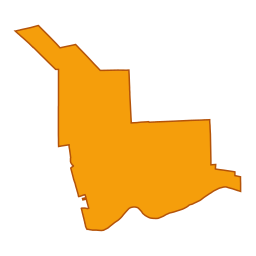 the district of Herasti, Giurgiu, Romania
{"feature_id": "2599482B7326478622533", "entity_name": "Herasti", "entity_type": "district", "adm_level": 2, "iso_a3": "ROU", "parent_name": "Romania", "parent_adm1": "Giurgiu", "projection": "mercator", "projection_center": [26.35, 44.221], "detail": "fine", "context": "isolated", "style": "filled", "palette": "amber", "viewbox_px": 256, "rotation_deg": 0, "n_neighbors": 0, "source": "geoboundaries", "source_scale": "gbopen_adm2", "svg_char_len": 4628}
<svg xmlns="http://www.w3.org/2000/svg" viewBox="0 0 256 256"><path d="M208.3,194.5L209.9,193.4L210.4,193.2L213.6,191.0L216.4,189.6L218.8,188.4L219.9,188.0L223.8,187.0L226.1,186.9L228.5,187.7L232.6,188.8L238.2,190.7L238.8,190.8L240.6,191.4L240.6,183.5L240.5,180.1L240.5,176.8L234.9,175.6L234.9,171.9L234.0,171.7L228.6,170.9L226.6,170.6L223.3,170.1L221.6,169.9L220.0,169.7L217.2,169.3L215.5,169.0L215.5,168.9L215.4,168.8L215.4,168.3L215.6,166.0L215.7,164.5L210.9,164.8L210.9,164.7L210.9,160.5L210.4,134.1L210.2,130.8L210.2,130.6L210.1,129.0L210.0,125.6L209.9,124.2L209.8,123.3L209.7,121.3L209.7,120.3L209.7,119.7L208.1,119.8L204.4,119.9L200.9,120.1L196.9,120.2L190.6,120.4L188.6,120.5L184.1,120.7L182.4,120.8L177.4,121.0L175.7,121.1L171.2,121.3L168.6,121.4L166.2,121.5L161.4,121.7L155.7,121.9L155.1,122.0L154.5,122.0L151.7,122.1L149.2,122.3L149.1,122.0L149.0,121.9L148.9,121.9L148.7,121.8L148.5,121.7L148.3,121.7L147.9,121.7L147.5,121.8L145.8,121.9L141.8,122.1L140.6,122.2L138.6,122.4L137.1,122.6L135.2,122.7L131.2,122.9L131.2,122.6L131.2,121.6L130.9,115.9L130.8,113.9L130.6,110.1L130.3,103.7L130.0,98.7L129.8,94.3L129.8,92.4L129.6,89.5L129.6,88.4L129.6,87.4L129.5,85.2L129.4,82.6L129.3,79.8L129.2,77.1L129.1,74.3L128.9,70.5L128.9,70.1L128.4,70.1L127.8,70.1L127.2,70.2L125.7,70.2L117.8,70.1L102.6,70.4L100.2,70.4L97.9,67.9L94.2,64.1L87.7,57.1L85.7,55.0L78.8,47.9L78.6,47.6L75.6,44.5L73.4,45.0L70.6,45.6L67.6,46.2L61.9,47.4L60.0,47.8L56.4,43.8L52.0,39.3L48.4,35.6L42.5,29.7L39.9,27.1L38.6,25.7L38.3,25.5L30.6,27.6L29.7,27.8L26.1,28.6L22.4,29.4L20.3,29.9L20.1,30.0L17.7,30.5L16.1,30.9L15.5,31.1L15.4,31.1L15.5,31.2L15.5,31.4L16.1,31.8L18.4,33.9L18.5,33.9L21.0,36.2L21.1,36.3L22.9,37.8L24.8,39.5L26.9,41.4L29.1,43.4L29.3,43.6L30.3,44.6L32.1,46.4L32.9,47.2L33.0,47.1L33.2,47.3L34.3,48.3L37.8,51.8L41.2,55.2L44.7,58.6L48.1,62.0L52.0,65.8L55.3,69.0L55.5,69.3L55.9,69.4L56.1,69.4L56.3,69.4L56.9,69.4L58.5,69.4L58.5,69.5L58.5,70.7L58.5,74.2L58.5,79.8L58.5,85.7L58.5,91.1L58.5,96.3L58.5,101.9L58.5,105.5L58.4,106.7L58.4,107.2L58.4,108.7L58.4,113.0L58.4,117.7L58.4,121.9L58.4,126.3L58.4,130.5L58.4,134.7L58.5,139.1L58.5,143.4L58.6,146.5L61.9,145.9L66.5,145.2L69.0,144.8L69.0,145.2L69.0,145.3L69.1,145.5L69.0,145.8L69.1,146.1L69.1,146.6L69.2,147.4L69.6,149.7L70.0,152.5L70.4,155.4L70.5,156.3L70.5,156.6L70.6,157.0L70.7,157.4L70.6,157.7L70.6,157.9L70.6,158.0L70.5,158.3L70.5,158.5L70.5,158.8L70.5,159.5L70.5,160.3L70.5,161.0L70.5,161.4L70.5,161.5L70.6,161.9L70.7,162.2L70.8,162.6L70.9,162.8L71.0,163.0L71.3,163.4L71.4,163.5L71.6,163.9L71.8,164.1L71.9,164.3L72.0,164.5L72.3,165.0L72.5,165.1L72.8,165.3L73.0,165.4L73.2,165.5L73.3,165.6L73.4,165.8L73.4,166.0L73.2,166.3L72.9,166.5L72.7,166.5L72.2,166.9L72.0,167.1L71.6,167.3L71.3,167.6L71.1,167.8L70.9,167.9L70.9,168.1L70.8,168.3L70.9,168.6L71.0,169.0L71.4,170.5L71.9,172.4L72.4,174.3L72.9,176.2L73.4,178.2L73.7,179.5L73.9,179.9L74.5,181.8L74.9,182.7L75.0,183.2L75.2,183.7L75.6,185.5L76.1,187.3L76.7,189.2L77.1,190.8L77.6,192.4L77.7,192.8L78.0,193.8L78.2,194.7L78.5,196.3L78.7,196.6L80.3,196.2L82.2,195.5L84.4,194.8L84.9,194.7L85.3,195.7L85.8,196.8L85.9,197.7L82.5,198.5L82.9,199.9L86.3,199.1L87.3,203.1L88.2,206.3L88.7,208.2L87.6,208.6L85.0,208.1L83.2,208.1L82.3,208.1L81.4,208.2L81.3,208.3L81.4,208.5L81.5,209.0L81.6,209.5L81.7,209.8L82.0,211.0L82.3,212.5L82.5,213.3L82.6,213.7L82.9,214.6L82.9,214.8L83.0,214.9L83.0,215.1L83.1,215.3L83.1,215.7L83.2,216.0L83.3,216.5L83.7,217.9L84.2,220.0L84.3,220.6L84.4,220.8L84.6,221.7L84.8,222.8L85.0,223.1L84.9,223.2L85.0,223.6L85.2,224.3L85.5,225.7L85.5,226.1L86.1,227.6L86.5,228.4L87.0,229.3L88.0,229.3L90.0,229.7L91.4,229.9L92.5,230.1L94.6,230.1L96.2,230.1L98.4,230.3L101.3,230.5L102.2,230.4L103.1,230.3L103.8,230.1L105.1,229.4L106.4,228.8L108.2,227.8L109.8,226.4L111.2,225.3L112.6,224.2L114.7,222.5L115.9,221.7L117.9,220.4L119.1,219.4L120.6,218.0L122.0,216.5L123.4,214.7L124.6,213.3L126.1,211.6L127.9,209.6L129.1,208.4L130.6,207.6L132.1,207.2L133.6,207.0L135.2,207.0L136.5,207.3L137.3,207.5L137.7,207.7L138.3,208.1L139.0,208.8L139.9,209.7L140.7,210.6L141.6,211.6L142.1,212.4L142.6,213.2L143.3,213.9L144.2,214.6L145.1,215.4L146.8,216.4L148.7,217.4L150.3,218.0L152.4,218.3L153.7,218.4L154.5,218.4L155.8,218.5L157.5,218.4L158.1,218.3L158.7,218.1L161.2,217.1L163.5,216.1L166.2,214.5L168.1,213.7L169.3,213.1L170.0,212.9L171.8,212.5L174.1,211.9L176.8,211.0L179.6,210.1L182.6,209.1L184.3,208.3L186.5,207.1L187.9,206.2L189.0,205.2L190.0,204.7L190.3,204.6L190.9,204.5L191.6,204.3L192.6,204.0L193.9,203.3L195.4,202.6L196.7,202.0L198.3,201.2L199.8,200.5L201.3,199.5L201.8,199.1L204.1,197.3L208.3,194.5Z" fill="#f59e0b" stroke="#b45309" stroke-width="1.5"/></svg>